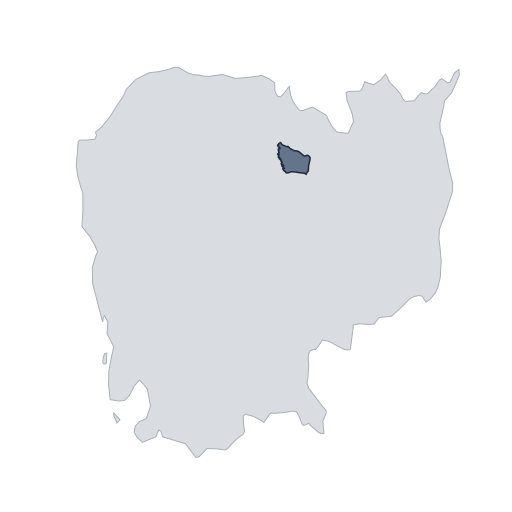 location of Chey Saen, Preah Vihéar, Cambodia, rotated 6°
{"feature_id": "14789045B76871664968100", "entity_name": "Chey Saen", "entity_type": "district", "adm_level": 2, "iso_a3": "KHM", "parent_name": "Cambodia", "parent_adm1": "Preah Vihéar", "projection": "equal_earth", "projection_center": [105.306, 13.6], "detail": "fine", "context": "in_parent", "style": "filled", "palette": "slate", "viewbox_px": 512, "rotation_deg": 6, "n_neighbors": 0, "source": "geoboundaries", "source_scale": "gbopen_adm2", "svg_char_len": 7362}
<svg xmlns="http://www.w3.org/2000/svg" viewBox="0 0 512 512"><g transform="rotate(6 256 256)"><path d="M438.2,49.3L439.3,54.6L436.4,64.6L433.2,73.7L427.3,81.6L427.0,87.4L425.0,104.8L425.8,110.3L427.2,115.1L429.2,117.6L434.4,134.6L439.2,150.1L443.9,162.9L444.8,170.9L440.5,191.3L435.6,210.1L436.1,219.5L438.2,228.8L440.6,241.3L441.5,257.3L440.3,267.7L438.0,274.2L433.7,280.8L429.9,284.2L425.4,278.6L421.8,278.3L417.0,280.0L413.2,282.6L405.4,292.4L396.9,301.8L385.0,304.3L380.4,311.3L375.4,312.3L366.0,312.6L359.9,314.3L360.1,317.8L359.7,334.5L359.8,338.5L358.8,339.5L354.6,340.0L347.4,337.4L337.6,333.3L330.7,332.6L327.1,339.9L325.0,342.8L322.3,343.2L319.6,344.5L318.7,347.8L318.5,351.8L319.8,358.8L320.3,369.8L320.0,377.4L322.5,382.2L337.4,398.2L341.8,402.2L342.3,404.6L339.7,413.3L342.1,425.6L337.4,425.4L329.6,420.1L325.9,416.9L321.4,419.5L319.8,419.0L316.7,412.9L312.7,406.8L308.6,406.4L299.9,408.8L291.0,410.5L287.7,410.5L286.3,411.6L281.1,420.7L278.9,419.2L270.0,415.7L261.8,414.4L260.1,416.7L261.1,424.2L262.9,431.5L261.9,434.6L257.4,438.5L251.5,445.4L247.8,450.8L245.3,452.1L236.3,451.9L227.3,452.6L223.6,457.6L220.3,461.6L217.3,462.7L205.6,450.1L182.2,445.7L179.7,440.2L177.5,439.1L175.3,446.3L162.5,453.2L157.1,449.1L153.2,444.0L153.8,437.8L157.5,432.7L163.9,429.1L166.8,416.4L162.0,400.1L157.8,395.4L153.3,391.6L148.6,397.7L144.6,408.0L140.4,413.4L134.6,414.6L126.0,414.1L122.7,398.7L121.7,385.4L122.9,370.3L124.2,361.3L116.0,349.0L115.6,337.2L111.6,331.2L110.4,334.2L110.5,337.6L109.4,335.1L96.5,300.7L94.4,284.7L96.7,272.4L98.0,268.2L94.3,261.8L89.0,254.4L79.8,244.8L79.2,229.5L77.2,211.6L74.4,205.5L70.2,194.5L67.9,185.3L67.2,161.1L68.4,159.2L75.0,158.5L83.5,156.7L84.8,152.8L83.4,149.6L88.8,144.1L96.6,132.1L102.6,119.6L107.0,111.7L109.6,103.8L118.3,92.7L130.3,85.0L138.4,83.2L146.9,80.6L155.1,76.9L158.9,76.5L169.0,81.0L174.4,82.2L180.2,82.1L186.1,82.6L191.3,82.1L203.6,79.0L216.7,81.5L228.4,79.5L242.9,75.9L250.1,78.2L256.5,81.8L257.4,89.2L258.9,92.5L261.1,95.1L264.0,95.1L267.7,90.0L270.7,84.7L271.8,83.7L271.9,86.3L273.5,92.0L276.2,97.7L279.0,101.4L283.7,106.4L286.7,106.7L296.6,102.0L311.5,108.8L313.2,112.2L318.0,119.2L323.2,124.2L334.8,124.5L338.9,112.2L336.9,104.7L330.3,91.7L328.5,84.0L330.6,82.7L341.8,81.2L343.6,79.7L346.0,71.3L349.1,72.2L355.3,73.3L361.8,67.5L365.7,61.5L367.8,64.2L370.1,68.5L372.7,70.9L377.4,74.6L382.6,79.7L385.9,84.8L388.5,86.7L395.1,85.3L396.9,85.5L400.7,79.4L403.4,76.1L405.7,77.0L409.1,77.0L416.0,69.2L419.9,62.1L422.1,60.1L428.3,63.7L430.8,62.9L434.3,53.2L438.2,49.3ZM118.4,378.3L117.1,379.2L115.9,379.2L114.7,377.8L114.8,372.2L115.7,368.8L117.8,368.2L118.4,378.3ZM137.8,433.0L135.2,436.7L131.0,429.0L131.0,426.9L137.8,433.0Z" fill="#d9dde1" stroke="#a8b0b8" stroke-width="1"/><path d="M268.7,140.6L268.3,140.7L268.2,140.8L267.9,141.2L267.4,141.4L267.3,141.5L266.9,142.0L266.7,142.5L266.8,142.9L266.8,143.0L266.7,143.1L266.2,143.2L266.0,143.4L266.0,143.6L265.9,143.7L265.9,143.8L266.2,144.0L266.4,144.4L266.5,144.7L266.7,144.9L266.9,145.1L267.0,145.2L267.2,145.3L267.4,145.5L267.5,145.6L267.8,145.4L268.0,145.5L268.2,145.8L268.3,145.9L268.5,146.0L268.6,146.3L268.5,146.5L268.4,146.9L268.1,146.8L267.8,146.8L267.6,146.9L267.4,147.0L267.2,147.1L267.2,147.3L267.0,148.3L267.1,148.5L267.3,148.6L267.5,148.9L267.6,149.0L267.8,149.3L267.7,149.7L267.6,149.9L267.7,150.1L267.8,150.2L268.1,150.3L268.2,150.5L267.8,150.7L267.8,150.8L267.7,151.3L267.6,151.5L267.4,151.7L267.3,151.9L267.1,152.1L266.9,152.3L267.0,152.4L267.0,152.5L267.4,152.6L267.9,152.6L268.1,152.6L268.3,152.6L268.3,152.8L268.3,153.0L268.2,153.1L267.9,153.1L267.8,153.4L267.7,153.7L267.8,153.8L267.9,154.0L268.0,154.0L268.2,154.3L268.1,154.6L267.9,154.9L267.9,155.0L268.0,155.5L268.1,155.8L268.3,156.0L268.5,156.0L268.7,155.8L268.9,155.7L269.1,155.8L269.3,156.0L269.2,156.1L269.2,156.3L269.2,156.6L269.1,156.8L269.1,157.0L269.3,157.1L269.5,157.1L269.7,156.8L270.0,156.7L270.3,156.8L270.4,157.0L270.3,157.3L270.2,157.6L270.2,157.8L270.3,157.9L270.5,157.8L270.8,157.9L271.0,158.1L271.0,158.4L271.0,159.2L271.1,159.3L271.4,159.4L271.6,159.6L271.9,159.7L272.0,159.7L272.2,159.8L272.3,159.9L272.3,160.1L272.1,160.5L271.9,160.7L271.6,160.9L271.5,161.0L271.4,161.1L271.4,161.3L271.4,161.6L271.5,161.8L271.7,162.2L271.9,162.5L272.0,162.5L272.1,162.4L272.3,162.3L272.5,162.1L272.8,162.2L272.8,162.4L272.8,162.7L272.8,163.0L272.6,163.3L272.4,163.5L272.5,163.9L272.9,163.7L273.0,163.5L273.1,163.4L273.5,163.1L273.7,162.8L273.9,162.8L274.1,163.0L274.2,163.3L274.1,163.5L273.9,163.7L273.8,163.8L273.6,164.1L273.3,164.5L273.4,164.8L273.5,165.0L273.8,165.3L274.2,165.4L274.5,165.5L274.8,165.6L275.0,165.8L274.9,166.0L274.7,166.2L274.6,166.3L274.4,166.6L274.2,166.7L274.1,166.4L273.9,166.2L273.7,166.3L273.5,166.5L273.7,166.8L273.8,166.9L273.9,167.1L274.2,167.3L274.3,167.3L274.6,167.9L274.7,168.1L274.9,168.2L275.0,168.2L275.1,168.3L275.3,168.4L275.7,168.7L275.8,168.8L276.0,168.9L276.3,169.0L276.5,169.3L276.8,169.5L277.0,169.6L277.2,169.8L277.3,170.1L277.5,170.1L277.9,170.0L278.0,170.0L278.3,170.1L278.7,170.0L278.8,170.0L278.9,169.9L279.3,169.8L279.5,169.8L279.6,169.7L279.9,169.6L280.2,169.5L280.3,169.4L280.8,169.3L280.9,169.2L281.0,169.2L281.5,168.9L281.8,168.7L282.1,168.6L282.4,168.5L283.4,168.4L283.7,168.4L284.0,168.5L284.3,168.5L284.6,168.4L284.9,168.2L285.2,168.2L285.5,168.3L285.8,168.3L286.1,168.3L286.4,168.4L286.8,168.3L287.1,168.3L287.4,168.4L287.8,168.4L288.0,168.4L288.4,168.5L288.7,168.6L289.0,168.5L289.4,168.5L289.8,168.5L290.1,168.6L290.5,168.6L290.8,168.5L291.0,168.5L291.6,168.6L292.2,168.6L292.4,168.6L292.6,168.6L293.0,168.7L293.5,168.6L293.9,168.6L294.1,168.7L294.3,168.6L294.6,168.6L295.0,168.6L296.0,168.9L296.7,169.2L297.0,169.3L297.3,169.5L297.4,169.2L297.4,168.9L297.4,168.7L297.5,168.5L297.6,168.3L297.7,168.2L297.9,168.0L298.0,167.7L298.1,167.4L298.2,167.1L298.3,167.0L298.7,166.6L298.8,166.5L298.9,166.3L299.0,166.1L299.1,165.9L299.1,165.6L299.1,165.3L299.0,164.8L299.0,164.7L299.0,163.8L299.0,163.5L299.1,163.4L299.0,163.2L299.0,162.9L299.0,162.6L299.0,162.4L298.8,161.1L298.8,160.8L298.9,160.6L299.0,160.0L299.0,159.9L299.1,159.7L299.1,159.1L299.2,158.2L299.2,157.8L299.2,157.5L299.3,157.1L299.4,156.3L299.5,156.0L299.5,155.8L299.5,155.7L299.5,155.1L299.5,154.7L299.6,153.8L299.6,153.2L299.5,152.8L299.4,152.3L299.0,151.9L298.8,151.7L298.7,151.5L298.1,151.1L297.9,150.9L297.7,150.8L297.0,150.6L296.8,150.5L296.6,150.5L296.3,150.5L296.1,150.5L295.7,150.7L295.5,150.8L295.2,151.0L294.9,151.2L294.4,151.4L294.1,151.5L293.9,151.5L293.1,151.3L292.8,151.1L292.5,151.0L292.2,150.8L291.3,150.1L290.8,149.7L290.4,149.5L289.8,149.1L289.5,149.0L289.2,148.8L288.7,148.4L287.7,147.8L287.2,147.6L286.9,147.5L286.6,147.4L286.3,147.4L285.7,147.3L285.3,147.3L284.9,147.3L284.6,147.4L283.9,147.3L283.6,147.3L282.7,147.1L282.4,147.1L282.0,146.9L281.6,146.8L281.3,146.7L281.0,146.5L280.6,146.4L280.3,146.2L280.2,146.2L279.6,146.0L279.4,145.9L279.0,145.7L278.8,145.6L278.5,145.5L278.1,145.2L277.8,144.8L277.6,144.6L277.4,144.4L277.2,144.2L276.6,143.8L276.5,143.7L276.2,143.6L276.0,143.9L275.9,144.0L275.6,144.1L275.4,144.1L275.2,144.1L274.6,143.9L274.4,143.9L273.9,143.7L273.6,143.6L273.0,143.5L272.8,143.4L272.6,143.3L272.3,143.2L272.0,143.1L271.5,143.0L271.1,142.9L270.7,142.8L270.5,142.6L270.3,142.5L270.2,142.4L269.9,142.1L269.6,141.9L269.4,141.6L269.0,141.0L268.8,140.8L268.7,140.6Z" fill="#64748b" stroke="#1e293b" stroke-width="1.5"/></g></svg>